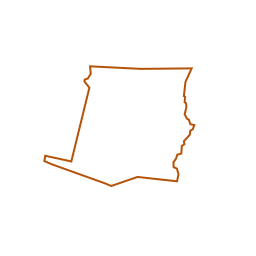 outline of Colorado, Texas, United States of America, rotated 53°
{"feature_id": "52423323B95841930276474", "entity_name": "Colorado", "entity_type": "district", "adm_level": 2, "iso_a3": "USA", "parent_name": "United States of America", "parent_adm1": "Texas", "projection": "robinson", "projection_center": [-96.463, 29.605], "detail": "fine", "context": "isolated", "style": "outline", "palette": "amber", "viewbox_px": 256, "rotation_deg": 53, "n_neighbors": 0, "source": "geoboundaries", "source_scale": "gbopen_adm2", "svg_char_len": 631}
<svg xmlns="http://www.w3.org/2000/svg" viewBox="0 0 256 256"><g transform="rotate(53 128 128)"><path d="M100.4,210.8L104.1,214.7L111.6,210.4L158.8,179.4L164.2,176.3L172.8,149.9L200.1,120.9L195.2,115.4L189.9,113.4L186.7,115.1L182.8,112.4L181.3,108.0L179.0,104.7L180.5,100.8L174.7,95.8L174.9,92.7L172.2,91.4L170.6,82.7L167.6,79.8L168.0,77.0L165.5,73.3L162.5,75.9L158.0,74.4L156.1,75.3L151.1,74.5L146.6,68.9L143.4,66.8L141.4,67.2L137.5,63.7L136.2,64.2L125.8,54.4L118.7,41.3L88.4,82.3L55.9,121.2L62.3,125.1L64.3,130.3L63.3,133.4L64.5,134.8L72.6,134.6L120.6,193.4L100.4,210.8Z" fill="none" stroke="#b45309" stroke-width="2"/></g></svg>